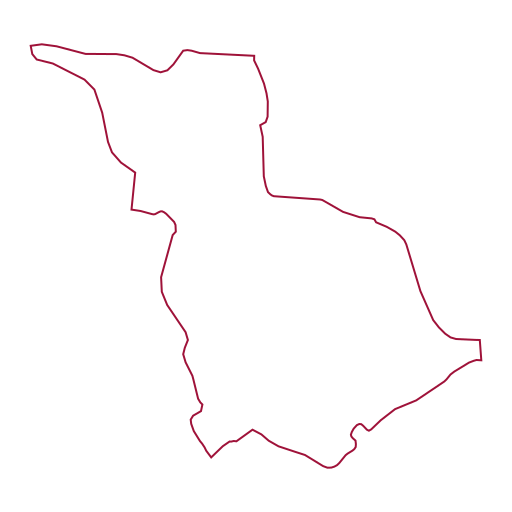 the Province of Babil
{"feature_id": "IRQ-3472", "entity_name": "Babil", "entity_type": "Province", "adm_level": 1, "iso_a3": "IRQ", "parent_name": "Iraq", "parent_adm1": "", "projection": "robinson", "projection_center": [44.536, 32.662], "detail": "fine", "context": "isolated", "style": "outline", "palette": "rose", "viewbox_px": 512, "rotation_deg": 0, "n_neighbors": 0, "source": "natural_earth", "source_scale": "10m", "svg_char_len": 1868}
<svg xmlns="http://www.w3.org/2000/svg" viewBox="0 0 512 512"><path d="M187.4,50.1L191.6,50.7L200.0,53.1L254.2,55.8L254.1,60.4L258.1,68.7L264.0,83.6L266.5,93.3L267.8,101.5L267.6,116.7L265.7,122.1L260.2,125.2L262.7,136.8L263.8,176.3L265.8,185.9L268.0,192.1L270.2,194.2L271.8,195.4L273.8,196.2L320.1,199.5L322.3,200.0L343.1,211.9L359.6,217.2L371.6,218.4L374.4,219.3L376.1,222.3L386.7,226.8L395.2,231.6L399.8,235.3L404.3,240.2L406.3,244.4L420.4,291.1L433.2,320.1L438.9,327.4L445.2,333.7L450.5,337.4L456.0,339.0L475.6,339.9L479.8,340.0L480.7,352.2L481.3,360.3L476.5,360.0L473.7,360.8L469.0,362.6L454.4,371.5L450.5,374.5L446.5,379.4L444.3,381.5L416.2,400.4L395.1,409.1L380.8,420.2L371.2,429.4L368.9,430.7L366.9,429.7L363.2,425.8L361.3,424.2L359.3,424.0L356.9,425.1L353.7,428.6L351.8,432.0L350.9,434.7L351.4,436.5L352.8,438.2L355.5,440.6L355.9,444.1L355.7,447.0L354.3,449.1L352.5,450.6L347.6,453.6L345.6,455.2L339.3,463.0L337.1,465.1L334.4,466.6L331.3,467.6L327.4,467.7L323.1,466.1L305.0,455.0L295.1,451.8L278.5,446.3L268.7,440.7L261.4,434.4L252.5,429.7L236.4,441.3L233.8,441.0L231.1,441.6L229.6,441.5L222.8,446.2L211.2,457.4L206.2,450.7L204.6,447.4L202.1,443.6L200.0,441.1L193.8,431.1L191.2,423.8L190.7,419.6L193.1,415.7L201.0,411.1L202.4,404.5L200.3,402.4L198.1,398.7L193.5,380.0L192.4,375.8L185.6,362.3L183.2,354.2L184.8,347.8L187.9,340.0L185.6,332.2L167.2,305.0L161.8,291.8L161.1,277.2L172.7,235.0L175.8,231.7L175.6,227.3L175.5,225.0L174.1,221.9L166.2,213.8L164.0,212.2L162.0,211.3L160.5,211.4L158.7,212.2L155.2,214.1L153.7,214.4L152.0,214.1L140.6,211.0L131.5,209.6L135.2,172.6L121.0,162.6L112.0,152.4L108.0,141.9L102.2,112.7L94.4,89.6L84.5,79.6L52.8,63.5L36.7,59.5L32.3,54.1L30.7,45.8L41.8,44.3L56.6,46.3L85.5,53.9L116.5,54.1L124.4,55.3L132.5,57.7L153.4,70.1L160.6,72.3L167.4,70.3L173.4,64.4L183.2,50.7L187.4,50.1Z" fill="none" stroke="#9f1239" stroke-width="2"/></svg>